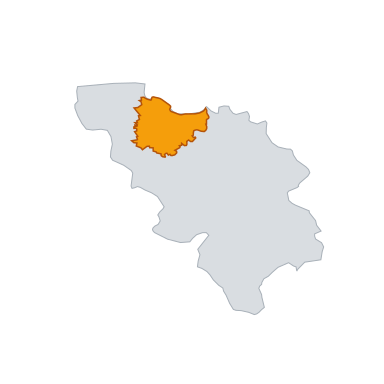 East Flanders on a map of Belgium (Equal Earth projection), rotated 21°
{"feature_id": "BEL-3478", "entity_name": "East Flanders", "entity_type": "Province", "adm_level": 1, "iso_a3": "BEL", "parent_name": "Belgium", "parent_adm1": "", "projection": "equal_earth", "projection_center": [3.869, 51.045], "detail": "fine", "context": "in_parent", "style": "filled", "palette": "amber", "viewbox_px": 384, "rotation_deg": 21, "n_neighbors": 0, "source": "natural_earth", "source_scale": "10m", "svg_char_len": 3812}
<svg xmlns="http://www.w3.org/2000/svg" viewBox="0 0 384 384"><g transform="rotate(21 192 192)"><path d="M174.9,107.1L180.8,109.5L186.0,110.0L188.3,109.0L186.8,103.2L191.0,100.2L195.6,98.8L197.8,101.3L202.1,103.8L205.4,103.8L214.5,97.2L216.6,98.5L218.6,100.9L219.0,102.7L219.4,104.7L221.5,105.5L228.6,105.1L232.2,101.6L235.1,99.3L237.2,100.8L238.3,105.2L240.3,110.9L249.0,117.3L256.2,119.1L265.1,117.9L268.6,116.7L271.0,117.7L273.4,121.1L278.6,124.9L289.4,127.7L292.7,129.2L295.1,131.8L294.4,135.6L289.4,144.9L288.8,147.6L289.5,148.5L288.5,150.2L281.9,156.5L281.3,158.7L283.6,162.3L285.4,165.2L289.5,166.7L293.3,167.2L300.4,167.4L308.1,167.6L309.0,169.3L317.6,174.4L320.3,178.4L326.5,182.2L321.5,187.1L322.3,189.3L324.2,191.6L331.1,192.9L334.6,196.1L334.9,201.0L336.6,209.1L322.4,217.1L318.5,226.1L318.2,227.9L317.7,227.6L316.0,224.6L313.4,224.7L307.5,223.4L299.3,231.5L295.7,238.3L293.5,243.2L290.2,247.2L289.6,251.5L290.1,253.3L288.9,255.6L288.9,258.0L293.7,262.8L295.0,265.3L300.9,273.8L299.1,276.9L297.7,280.2L296.1,282.6L294.1,284.1L288.1,284.0L280.5,285.1L275.4,286.7L272.7,286.8L267.1,282.5L260.9,276.2L257.0,273.2L255.2,270.6L250.4,269.5L243.4,266.4L238.6,263.0L234.5,260.9L228.7,259.8L223.9,259.9L222.5,254.2L221.9,247.7L217.9,243.4L223.2,226.4L220.0,224.8L216.5,226.1L211.6,230.2L209.2,235.0L207.8,239.3L199.4,243.3L186.1,244.8L171.5,243.3L169.4,242.2L168.5,241.0L168.5,239.5L169.5,237.2L172.0,234.4L172.7,230.4L170.0,227.0L168.3,225.7L169.0,222.3L170.9,218.2L171.3,215.8L161.4,208.6L154.3,207.2L147.4,207.0L142.1,206.2L139.1,206.5L136.9,208.6L134.7,210.1L133.0,208.3L129.9,195.6L127.6,193.7L118.7,191.5L106.5,190.8L103.3,188.5L101.6,182.8L100.5,175.9L96.5,169.3L94.5,167.7L90.9,164.8L84.6,166.0L77.0,169.8L72.5,170.8L70.8,171.2L64.7,167.5L58.0,161.7L52.6,155.6L51.3,152.2L53.0,148.0L51.1,144.9L48.2,139.1L47.4,134.6L80.1,118.6L100.0,110.4L109.4,108.0L111.6,116.2L113.3,118.8L115.5,120.5L118.5,120.8L121.9,118.8L126.6,116.6L134.2,117.6L139.7,119.6L141.7,121.6L145.3,123.6L150.7,124.1L161.0,120.3L170.9,114.6L173.8,110.7L174.9,107.1Z" fill="#d9dde1" stroke="#a8b0b8" stroke-width="1"/><path d="M113.0,120.6L114.7,121.2L117.1,121.4L120.7,121.0L120.9,120.1L120.7,118.9L120.8,117.8L121.7,117.1L122.8,116.9L124.0,116.8L126.9,116.3L128.8,116.2L130.7,116.5L139.8,118.9L141.3,119.6L141.7,120.9L141.5,121.9L141.6,122.9L142.8,124.0L143.7,124.3L152.6,124.2L154.2,123.8L157.7,121.6L166.9,117.9L170.6,115.6L173.6,112.4L174.0,111.5L174.6,109.3L174.6,108.9L176.1,110.0L176.7,110.9L177.2,112.6L178.4,113.8L179.8,114.8L180.7,115.7L181.0,116.3L181.1,116.9L180.9,117.5L180.4,118.2L180.1,118.4L179.6,119.3L181.2,123.4L180.6,123.7L182.4,125.8L182.8,127.0L183.0,127.7L182.7,129.7L181.7,131.2L178.7,132.0L175.7,132.0L174.2,132.2L172.9,133.0L171.9,133.9L171.7,134.3L171.8,134.7L171.9,135.5L172.1,136.4L172.5,137.5L172.8,138.6L172.4,139.5L172.2,139.6L173.1,140.2L174.0,140.5L175.4,139.6L176.1,140.2L174.3,144.7L172.6,145.4L170.2,144.7L169.0,146.6L170.1,149.2L170.1,150.5L168.3,151.4L164.9,150.3L165.6,152.1L163.6,153.3L164.7,154.1L164.6,155.1L161.1,159.2L163.0,159.5L163.7,160.9L162.6,163.5L160.4,165.1L159.1,165.5L158.0,164.7L156.7,166.0L154.8,164.8L153.9,165.2L152.9,166.9L154.5,168.6L154.4,169.1L151.9,169.6L150.2,169.1L149.4,167.5L145.1,168.2L144.1,167.4L141.1,167.7L139.9,164.7L136.6,165.8L135.8,164.5L133.6,165.5L130.6,170.3L128.5,169.1L123.5,169.0L123.0,166.0L120.0,166.8L117.3,165.8L122.0,163.0L122.2,162.3L120.4,160.4L121.4,159.4L116.8,156.2L118.5,154.8L117.9,153.0L116.8,152.6L115.0,153.4L114.4,152.1L115.4,151.3L114.8,150.2L116.6,150.5L117.1,150.0L116.0,149.1L117.5,149.1L113.9,147.7L116.2,146.8L114.9,145.5L116.9,143.1L114.7,140.0L116.3,139.1L107.8,134.3L111.1,132.6L113.8,128.5L112.1,126.0L110.1,125.5L111.9,124.4L110.6,122.0L113.1,120.7L113.0,120.6Z" fill="#f59e0b" stroke="#b45309" stroke-width="1.5"/></g></svg>